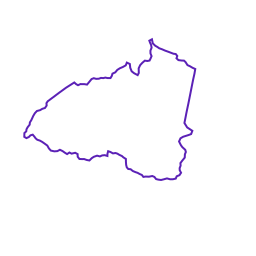 outline of Itarana, Espírito Santo, Brazil, rotated 54°
{"feature_id": "56859067B16388217553229", "entity_name": "Itarana", "entity_type": "district", "adm_level": 2, "iso_a3": "BRA", "parent_name": "Brazil", "parent_adm1": "Espírito Santo", "projection": "mercator", "projection_center": [-40.89, -19.955], "detail": "fine", "context": "isolated", "style": "outline", "palette": "violet", "viewbox_px": 256, "rotation_deg": 54, "n_neighbors": 0, "source": "geoboundaries", "source_scale": "gbopen_adm2", "svg_char_len": 2262}
<svg xmlns="http://www.w3.org/2000/svg" viewBox="0 0 256 256"><g transform="rotate(54 128 128)"><path d="M74.2,217.1L76.5,216.1L77.0,213.5L76.6,211.2L77.4,209.0L80.0,208.8L82.1,208.8L84.2,208.3L86.4,206.7L88.8,205.6L91.7,204.6L94.8,203.6L98.0,204.0L100.9,203.7L103.6,201.3L105.2,198.7L105.6,195.9L108.2,194.5L110.9,193.6L113.3,192.6L113.4,189.8L115.6,188.7L117.0,185.3L119.5,184.1L121.7,185.6L124.5,185.5L126.2,183.4L127.4,181.7L129.6,180.2L131.6,178.3L131.1,175.1L131.2,172.6L132.2,169.3L134.5,167.4L135.0,165.0L136.3,162.8L138.5,161.1L136.8,159.8L135.1,157.7L137.1,156.3L139.7,155.1L140.9,152.8L142.6,151.6L144.6,150.8L147.1,149.4L149.0,149.0L151.8,147.9L154.2,149.6L156.8,151.2L159.1,152.1L161.3,151.9L162.9,150.1L165.6,149.4L168.1,147.9L169.9,146.6L172.1,145.6L174.1,144.4L176.6,144.3L177.7,142.2L179.7,139.7L181.1,136.6L183.1,135.4L185.8,135.3L187.5,133.9L189.5,131.8L190.5,129.3L191.7,126.1L194.2,124.1L195.9,121.7L197.0,119.1L195.7,117.0L196.4,114.1L195.4,111.4L192.6,111.0L190.8,109.8L189.4,107.6L187.2,106.2L186.3,103.3L185.3,99.5L182.7,97.4L181.4,95.3L179.3,94.5L175.4,95.3L173.1,95.3L171.1,95.0L168.9,94.6L167.2,91.6L167.5,88.5L168.5,85.5L169.3,83.1L170.0,80.5L168.1,77.6L162.3,79.8L157.1,79.4L152.3,74.2L150.5,72.3L148.4,70.0L146.6,68.0L143.9,65.0L140.4,61.2L129.1,49.0L126.9,46.6L123.2,42.4L119.8,38.9L117.2,40.4L114.6,41.5L112.1,42.9L108.4,42.7L106.4,43.1L104.9,45.0L102.7,47.3L100.1,47.8L98.7,45.8L96.2,45.9L94.6,47.6L91.2,49.8L89.4,51.0L87.2,52.5L84.3,54.2L81.8,55.9L79.7,56.6L77.5,57.6L74.1,58.2L70.3,56.5L69.9,59.4L71.9,60.0L74.4,60.5L76.9,61.7L78.6,64.4L80.9,66.0L83.7,66.7L85.1,69.0L86.1,70.9L85.2,72.9L83.4,74.8L83.7,78.2L84.3,81.2L86.0,84.3L89.8,86.9L90.9,89.1L87.2,90.9L84.3,91.7L80.6,90.8L77.3,88.9L74.4,90.5L76.0,93.0L75.6,96.4L74.9,99.4L74.7,102.5L75.5,105.6L74.9,108.6L76.4,110.6L77.3,112.8L75.6,115.2L73.9,116.7L73.1,118.7L71.6,120.4L71.0,122.6L69.5,124.9L67.6,126.4L67.0,128.7L67.9,132.1L68.8,135.6L66.8,137.6L64.5,140.7L64.0,143.3L62.0,144.2L59.6,144.7L59.0,154.4L59.0,162.6L59.2,177.3L60.0,179.4L62.0,180.6L63.0,183.4L62.1,186.1L61.9,188.6L60.7,191.7L61.3,194.7L62.5,197.5L63.8,199.8L64.9,201.8L65.8,204.1L67.5,205.6L68.4,208.8L69.4,210.9L70.9,212.3L71.2,214.8L74.2,217.1Z" fill="none" stroke="#5b21b6" stroke-width="2"/></g></svg>